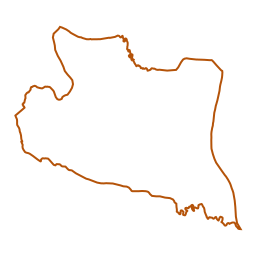 Songkhone, Savannakhét, Laos
{"feature_id": "54806243B4433821192490", "entity_name": "Songkhone", "entity_type": "district", "adm_level": 2, "iso_a3": "LAO", "parent_name": "Laos", "parent_adm1": "Savannakhét", "projection": "equal_earth", "projection_center": [105.362, 16.147], "detail": "fine", "context": "isolated", "style": "outline", "palette": "amber", "viewbox_px": 256, "rotation_deg": 0, "n_neighbors": 0, "source": "geoboundaries", "source_scale": "gbopen_adm2", "svg_char_len": 5713}
<svg xmlns="http://www.w3.org/2000/svg" viewBox="0 0 256 256"><path d="M60.0,26.9L58.4,29.2L54.3,33.1L53.7,33.6L52.9,37.5L54.1,42.3L54.8,45.5L55.2,49.9L57.8,55.9L60.6,60.7L63.4,66.8L64.8,71.0L67.6,74.6L70.3,77.6L72.3,80.2L73.0,84.2L72.0,87.8L69.9,91.5L67.5,94.7L65.2,95.3L63.7,96.1L62.4,97.1L61.7,98.9L59.8,99.7L58.7,99.7L57.3,99.1L55.8,97.1L53.8,91.4L53.0,90.3L50.1,87.3L49.3,86.9L47.9,86.8L47.2,86.6L46.3,86.8L45.2,86.6L42.4,88.3L41.3,88.3L39.7,88.0L37.2,87.3L36.2,86.4L34.8,85.8L33.0,86.3L32.3,86.9L31.9,87.0L31.4,87.0L31.1,87.3L30.6,88.5L30.6,89.6L28.5,92.4L27.7,92.4L26.6,93.3L25.3,95.2L25.5,98.2L25.0,99.4L24.3,102.6L23.5,103.0L23.4,103.6L22.7,104.1L22.7,104.8L23.3,105.5L23.5,106.3L24.1,106.7L24.5,107.7L23.4,108.7L15.4,115.5L15.7,116.5L16.9,119.2L17.1,120.8L17.1,124.1L17.3,125.2L19.0,127.9L19.5,129.3L19.7,131.0L20.1,132.5L20.3,132.7L21.0,135.4L21.3,138.6L21.6,140.1L22.2,141.1L22.2,141.6L21.4,141.8L21.5,142.3L22.7,144.9L22.5,146.6L22.7,148.1L23.4,149.6L25.0,152.0L26.1,152.6L28.5,153.2L29.8,153.8L33.0,156.0L37.6,159.5L40.3,161.3L40.7,161.3L41.0,160.9L40.9,160.1L41.1,159.6L41.7,158.9L42.5,158.3L43.2,158.3L44.2,158.5L45.4,158.3L48.0,158.6L49.0,159.5L53.7,164.8L54.8,165.2L55.5,165.3L56.1,164.5L56.7,164.1L59.7,164.3L60.7,165.1L61.5,166.0L62.3,166.4L65.5,166.6L67.5,168.8L68.6,169.8L69.4,170.1L69.9,170.1L71.8,170.4L75.9,173.3L86.2,178.7L88.8,179.4L97.2,182.6L100.9,183.3L103.7,183.4L106.3,183.2L112.8,183.5L120.5,185.4L123.3,186.3L126.7,186.6L128.9,187.6L130.8,189.7L131.6,190.9L132.5,191.2L138.6,191.2L142.1,191.0L145.7,191.2L147.1,191.5L148.2,191.9L149.2,192.9L150.0,194.1L152.0,195.9L155.9,196.3L159.8,196.3L165.1,197.6L169.0,198.0L170.2,198.2L173.0,199.5L174.2,201.1L174.5,202.2L175.5,203.1L176.3,203.6L176.5,207.1L176.8,209.0L176.9,210.8L176.8,211.6L177.8,212.5L178.5,212.6L178.8,213.0L179.1,213.8L179.3,214.0L179.7,214.2L180.1,214.2L180.4,213.9L180.6,213.1L180.7,210.8L181.1,210.4L181.7,210.4L182.0,210.5L182.4,210.8L183.4,211.8L183.4,212.4L183.1,213.9L183.1,214.4L183.2,214.6L183.3,214.9L183.9,215.1L184.9,215.3L185.3,215.0L185.6,214.4L186.4,211.8L186.5,211.5L187.0,211.3L187.3,210.9L187.2,210.6L186.0,209.9L185.5,209.3L185.4,209.0L185.3,208.5L185.4,208.2L185.6,208.0L186.6,207.8L188.0,208.2L188.5,208.1L189.0,207.4L189.1,206.9L189.3,206.7L190.2,206.7L190.9,206.0L191.5,205.2L192.2,204.9L192.5,205.0L192.9,205.3L193.2,205.7L193.3,206.2L193.2,206.5L191.9,207.7L191.9,208.2L192.1,209.0L192.8,210.1L193.5,210.8L193.9,210.9L194.1,210.7L193.8,209.3L193.8,208.7L194.0,207.9L194.4,207.5L195.0,207.4L196.9,208.3L197.5,208.4L198.0,208.3L198.4,207.1L198.4,205.7L198.6,205.1L199.7,204.5L201.5,204.0L201.8,204.2L202.0,204.4L202.9,206.3L204.1,208.1L204.5,209.9L204.7,211.7L204.9,212.3L206.1,215.3L206.4,215.8L206.6,216.9L207.1,217.3L207.4,218.2L207.7,218.7L208.1,218.8L208.3,218.7L209.2,217.4L209.8,217.2L210.9,217.6L211.9,217.6L212.6,218.1L213.0,218.5L213.6,218.7L214.3,218.3L215.3,217.2L215.9,217.0L216.2,217.3L216.5,218.2L216.8,218.9L217.9,220.2L218.4,220.5L218.6,220.4L218.9,219.8L219.3,218.5L219.8,217.4L220.4,216.8L221.0,216.9L222.2,217.4L222.5,217.7L222.6,218.1L222.6,219.1L222.3,220.5L222.0,221.4L221.5,222.0L222.7,223.0L223.4,223.6L224.7,225.4L225.5,225.6L226.0,225.4L226.3,225.2L227.2,223.6L227.8,223.2L228.7,223.1L229.4,223.8L231.8,222.7L232.6,222.5L233.8,222.5L234.4,222.7L234.9,223.1L235.2,223.7L236.0,225.9L236.5,226.6L237.3,227.3L238.1,228.5L239.1,229.0L240.6,229.1L237.1,223.2L235.9,216.7L235.3,206.8L234.7,200.5L233.3,192.6L232.5,190.2L231.8,188.5L230.5,184.5L229.7,182.7L228.0,179.6L226.0,176.5L224.9,175.2L221.9,171.0L216.1,162.6L214.4,158.7L212.9,154.2L211.5,148.8L211.4,146.7L211.3,140.0L211.4,137.5L211.3,134.0L211.5,131.8L212.2,127.9L212.8,125.7L213.0,123.3L213.4,121.5L214.3,112.7L215.1,109.6L215.8,105.8L216.3,104.2L217.4,100.3L219.0,93.1L219.5,90.8L220.0,86.5L220.4,84.5L221.3,80.9L222.0,77.5L222.2,75.6L222.4,72.2L222.2,70.9L221.4,70.5L220.5,69.6L216.6,65.4L213.4,61.7L212.0,60.3L211.4,60.1L210.1,60.2L204.3,59.8L196.1,59.5L189.6,58.8L186.6,58.3L184.5,58.7L183.0,59.6L181.1,62.2L178.2,67.4L176.1,69.9L167.2,70.6L159.3,69.7L157.9,69.9L156.2,69.6L154.6,68.7L153.6,68.7L153.1,68.5L151.8,68.3L151.3,68.6L150.5,69.7L148.5,70.5L147.6,70.6L147.0,69.0L146.6,68.5L146.1,68.2L145.7,68.2L145.4,68.5L144.6,68.8L144.1,68.7L143.5,68.5L143.0,68.8L142.9,68.8L142.7,68.6L142.7,68.2L141.6,68.2L140.9,68.1L140.7,67.8L140.7,67.3L140.4,66.8L139.8,66.3L139.6,66.0L139.3,66.0L138.9,65.9L138.6,65.4L138.0,65.3L137.8,65.7L136.9,65.8L136.4,66.1L136.1,65.8L135.9,65.1L135.2,64.3L134.9,63.6L134.4,63.0L134.3,62.4L133.5,61.2L133.4,60.3L133.7,59.7L133.3,59.5L132.9,59.6L132.8,59.1L132.5,58.8L132.3,58.9L132.2,59.4L131.9,59.6L131.7,59.5L131.6,59.8L131.5,59.7L131.5,59.4L131.8,58.8L131.7,58.7L131.3,58.9L131.2,58.6L131.5,58.1L132.0,57.8L132.1,57.6L132.5,55.3L132.5,55.0L132.4,54.6L131.6,54.2L131.0,54.3L130.6,54.8L130.3,56.3L130.0,57.0L129.7,57.2L129.4,56.9L129.2,56.7L128.9,56.0L128.9,55.6L129.1,55.3L129.8,54.9L130.2,54.5L130.4,53.3L129.7,50.3L129.6,50.2L129.4,50.2L129.3,50.8L129.0,51.0L129.2,51.4L129.1,51.6L128.6,51.5L128.4,51.4L128.5,51.0L128.4,50.0L128.1,50.0L128.1,49.7L127.4,49.5L127.1,49.0L127.1,48.7L127.3,47.7L127.3,46.7L127.6,45.5L127.7,43.3L127.6,42.4L126.7,40.4L126.7,39.4L126.0,38.6L125.6,38.5L125.3,38.6L125.1,39.1L125.2,40.6L125.0,41.0L124.4,41.5L123.7,41.4L123.5,41.2L123.5,40.4L123.7,39.2L123.7,38.8L123.1,38.1L122.9,37.4L122.7,36.3L122.6,36.0L122.5,35.9L122.2,36.0L121.2,37.2L120.8,37.4L120.2,37.2L119.7,36.5L119.2,36.0L118.8,35.8L117.7,35.6L115.0,36.9L109.7,37.9L109.1,37.7L100.2,39.2L92.4,39.3L91.3,39.3L90.5,39.0L88.9,39.3L86.5,39.2L82.5,38.0L81.1,37.3L79.6,37.2L77.9,36.7L72.5,33.8L70.6,32.7L69.3,31.5L66.3,29.5L61.9,27.5L60.0,26.9Z" fill="none" stroke="#b45309" stroke-width="2"/></svg>